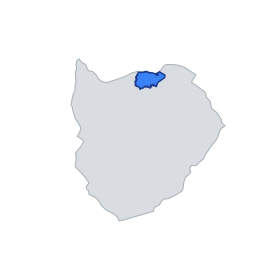 location of Kariba, Mashonaland West, Zimbabwe, rotated 34°
{"feature_id": "62879985B94385115404707", "entity_name": "Kariba", "entity_type": "district", "adm_level": 2, "iso_a3": "ZWE", "parent_name": "Zimbabwe", "parent_adm1": "Mashonaland West", "projection": "natural_earth1", "projection_center": [28.545, -16.89], "detail": "fine", "context": "in_parent", "style": "filled", "palette": "blue", "viewbox_px": 256, "rotation_deg": 34, "n_neighbors": 0, "source": "geoboundaries", "source_scale": "gbopen_adm2", "svg_char_len": 5259}
<svg xmlns="http://www.w3.org/2000/svg" viewBox="0 0 256 256"><g transform="rotate(34 128 128)"><path d="M172.3,210.0L170.5,208.6L168.0,207.7L164.8,207.3L160.6,207.5L155.5,208.2L150.0,207.3L144.1,204.7L139.2,203.8L133.4,204.9L133.1,204.9L132.1,204.1L130.5,202.2L127.9,201.8L127.1,201.4L126.6,200.7L126.2,199.8L126.0,198.8L126.5,195.6L126.2,195.3L125.5,194.9L124.0,194.5L120.5,193.1L116.1,191.8L109.0,190.2L106.2,189.9L105.6,189.4L104.8,188.2L103.4,184.7L102.1,182.3L99.0,178.6L98.5,177.5L98.7,174.6L98.9,172.3L99.2,170.3L99.1,168.4L99.0,166.1L99.1,164.5L98.7,163.9L97.6,163.4L94.4,163.2L90.5,163.3L90.4,160.9L90.0,157.3L89.3,155.2L88.4,154.1L86.6,153.0L83.1,151.4L78.2,149.1L74.0,145.6L69.2,141.2L67.7,140.5L65.9,136.4L63.2,129.4L63.3,127.0L62.9,125.9L60.3,122.5L59.7,120.7L59.2,118.9L55.0,113.9L53.6,111.7L52.5,108.8L51.4,106.6L50.5,105.7L49.3,104.1L48.5,102.4L48.1,101.1L48.4,99.3L48.8,98.1L52.8,99.4L55.0,99.5L56.7,98.9L58.8,99.7L61.3,102.0L64.0,102.4L66.9,101.0L70.9,101.4L76.0,103.7L80.1,104.1L85.1,102.1L89.5,96.6L93.6,91.3L97.7,85.3L100.2,80.4L103.8,76.4L108.6,73.3L113.4,70.7L120.9,67.6L122.3,64.9L122.8,62.1L122.8,58.1L123.2,55.5L124.0,54.4L125.2,53.5L126.8,52.3L131.7,49.2L135.9,47.3L140.9,46.1L146.3,46.0L151.6,46.0L154.6,46.0L154.6,49.8L154.9,54.1L155.5,54.5L159.4,54.6L165.8,54.9L171.9,55.2L175.8,58.4L177.1,59.0L181.2,59.9L186.4,65.1L192.6,65.5L196.9,67.2L200.7,68.9L202.9,71.1L204.3,71.6L206.2,71.7L207.1,71.9L206.9,73.5L205.6,76.1L205.8,79.8L207.5,85.0L207.7,89.5L207.1,97.5L207.1,105.2L207.2,107.9L207.5,109.7L207.9,110.7L207.8,111.9L206.7,115.1L205.9,118.5L205.8,119.9L205.5,120.8L204.9,121.7L202.2,123.2L201.7,124.2L201.7,126.0L202.0,127.4L203.0,128.0L204.3,128.8L204.7,129.9L204.7,131.1L204.3,133.3L203.2,136.8L204.3,140.9L205.5,143.6L207.1,146.7L207.8,148.6L207.8,150.0L207.5,151.3L205.0,156.9L203.1,160.4L200.9,164.2L197.9,166.5L197.2,167.7L196.9,169.0L196.9,171.8L196.8,174.7L194.3,179.3L195.8,183.1L195.4,183.5L194.6,184.1L190.9,188.5L187.3,192.9L184.6,196.1L181.6,199.8L178.1,203.9L175.2,207.5L172.3,210.0Z" fill="#d9dde1" stroke="#a8b0b8" stroke-width="1"/><path d="M110.3,88.6L110.5,88.6L110.9,88.5L111.0,88.6L111.3,88.5L111.5,88.6L111.8,88.6L112.1,88.5L112.1,88.4L112.2,88.5L112.3,88.4L112.4,88.2L114.1,87.9L114.6,88.1L114.6,87.9L114.8,87.8L114.7,87.9L114.8,87.9L114.9,88.1L115.0,88.1L115.2,88.3L115.5,88.3L115.6,88.6L115.8,88.7L116.0,88.9L116.4,88.9L116.3,88.7L116.6,88.3L116.8,88.0L117.0,87.6L117.3,87.2L117.6,86.9L117.7,86.6L117.8,86.5L118.0,86.5L118.1,86.4L118.3,86.2L118.2,85.9L118.3,85.6L118.3,85.4L118.7,84.7L118.8,84.6L118.9,84.4L119.0,84.0L118.9,84.0L119.0,83.8L119.3,84.0L119.6,84.1L119.8,84.0L119.9,83.9L119.9,83.6L120.1,83.5L120.3,83.4L120.3,83.2L120.5,83.2L120.6,82.8L120.7,82.7L120.8,82.8L121.0,82.7L121.1,82.9L121.2,82.7L121.3,82.7L121.4,82.8L121.5,82.7L121.6,82.8L121.7,82.7L121.8,82.5L122.1,82.5L122.3,82.5L122.7,82.7L122.8,82.6L123.0,82.5L123.3,82.6L123.5,82.6L123.7,82.3L123.9,82.3L124.1,82.2L124.2,81.9L124.2,81.7L124.2,81.4L124.0,81.0L124.0,80.9L123.9,80.8L123.7,80.5L123.5,80.4L123.4,80.3L123.2,80.4L123.1,80.1L122.9,80.0L122.8,79.9L122.9,79.6L123.0,79.6L123.2,79.4L123.3,79.4L123.6,79.4L123.8,79.5L123.9,79.4L124.0,79.5L124.0,79.4L124.1,79.2L124.3,79.0L124.4,78.9L124.5,78.9L124.5,78.7L124.8,78.6L124.7,78.5L124.8,78.4L124.8,78.5L125.0,78.5L124.9,78.4L125.1,78.4L125.2,78.1L125.3,78.3L125.3,78.2L125.5,78.2L125.5,78.3L125.6,78.2L125.8,78.0L126.0,78.2L126.3,78.0L126.9,77.6L127.0,77.6L127.3,77.6L127.5,77.6L127.8,77.6L127.8,77.8L128.0,77.7L128.2,77.8L128.3,77.6L127.4,74.5L127.4,73.2L130.2,65.8L129.0,63.5L125.8,63.7L125.7,63.7L124.4,63.8L122.6,63.8L122.6,64.2L122.5,64.4L122.5,64.5L122.1,65.0L122.0,65.5L122.2,65.9L122.0,66.4L121.8,66.5L121.2,67.0L121.7,67.0L121.9,67.2L121.9,67.3L122.0,67.2L122.4,67.0L122.8,67.0L122.7,67.3L123.1,67.4L123.0,67.5L122.9,67.6L122.7,67.6L122.6,67.4L122.6,67.5L122.6,67.4L122.5,67.5L122.5,67.4L122.5,67.5L122.5,67.4L122.4,67.4L122.4,67.5L122.3,67.4L122.3,67.5L122.2,67.6L121.9,67.6L121.7,67.6L121.4,67.5L121.3,67.4L121.3,67.5L121.2,67.5L120.9,67.7L120.9,67.8L120.7,67.9L120.8,67.5L120.7,67.5L120.8,67.5L120.8,67.4L120.5,67.8L118.4,68.3L115.5,69.7L115.4,69.6L115.1,69.7L115.1,69.9L114.9,70.1L114.7,70.4L114.4,70.6L114.2,70.8L113.9,70.8L113.9,70.7L113.7,70.5L113.4,70.5L113.1,70.6L112.9,70.6L112.7,70.5L112.0,70.7L111.8,70.9L111.8,71.1L111.7,71.3L111.3,71.6L111.1,71.7L110.8,71.6L110.6,71.6L110.6,72.0L110.3,72.1L110.3,72.4L110.3,72.5L110.1,72.6L108.0,74.6L106.5,75.3L105.5,75.9L105.7,76.1L105.8,76.4L105.8,77.1L105.8,77.4L105.9,77.7L105.6,78.4L105.6,78.5L105.8,78.8L106.0,79.1L105.9,79.4L106.2,79.5L106.5,79.5L106.2,80.0L106.3,80.4L106.3,80.9L106.2,81.1L105.9,81.3L106.1,81.6L106.5,81.3L107.1,81.9L107.1,82.0L107.1,82.4L107.1,82.5L107.4,82.3L107.6,82.2L108.0,82.3L108.2,82.5L108.1,82.8L107.9,83.0L108.0,83.3L108.0,83.6L108.2,83.9L108.4,83.8L108.4,84.1L108.0,84.2L108.0,84.3L108.3,84.5L108.1,84.7L108.1,84.8L108.6,84.9L108.6,85.1L108.4,85.1L108.2,85.1L108.3,85.0L108.2,84.9L108.1,85.0L108.2,85.3L108.3,85.3L108.6,85.3L108.7,85.5L108.7,85.8L108.7,85.7L108.7,85.8L108.6,86.1L108.6,86.3L108.8,86.7L109.1,86.8L109.3,86.9L109.2,87.0L109.4,87.2L109.5,87.4L110.0,87.5L110.1,87.8L110.1,88.2L110.1,88.4L110.2,88.5L110.3,88.6Z" fill="#3b82f6" stroke="#1e3a8a" stroke-width="1.5"/></g></svg>